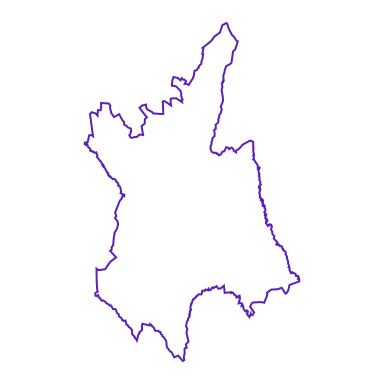 Sabanas De San Angel, Magdalena, Colombia (Equal Earth projection)
{"feature_id": "7082276B63741356680153", "entity_name": "Sabanas De San Angel", "entity_type": "district", "adm_level": 2, "iso_a3": "COL", "parent_name": "Colombia", "parent_adm1": "Magdalena", "projection": "equal_earth", "projection_center": [-74.238, 10.132], "detail": "fine", "context": "isolated", "style": "outline", "palette": "violet", "viewbox_px": 384, "rotation_deg": 0, "n_neighbors": 0, "source": "geoboundaries", "source_scale": "gbopen_adm2", "svg_char_len": 6025}
<svg xmlns="http://www.w3.org/2000/svg" viewBox="0 0 384 384"><path d="M237.8,41.4L236.4,40.7L234.0,36.8L232.0,35.0L228.6,28.4L227.2,23.8L226.3,23.0L222.2,25.4L220.0,32.5L214.1,36.8L212.5,39.4L209.8,42.2L202.5,47.9L203.4,48.4L202.3,54.0L203.1,54.1L202.5,58.7L201.4,61.6L201.4,63.7L198.9,66.1L198.7,67.7L198.0,67.9L196.6,70.3L194.5,70.7L194.0,74.9L193.0,78.1L188.7,85.0L186.9,83.9L184.7,83.9L186.0,81.1L184.5,79.7L183.1,79.7L181.8,78.1L180.4,80.3L177.8,78.0L173.5,77.0L172.4,80.3L171.8,85.6L175.8,86.2L180.5,90.8L181.2,93.1L181.2,96.0L182.6,99.7L181.5,100.1L182.0,102.1L176.2,98.3L170.8,98.5L170.6,101.5L171.1,105.5L164.6,101.1L162.8,101.4L163.3,113.9L162.6,114.1L153.0,113.4L152.2,112.1L147.5,109.6L146.2,107.6L146.1,104.6L142.1,105.5L139.5,107.9L146.9,117.4L144.9,119.1L144.7,123.7L141.6,126.0L143.1,135.0L139.7,134.5L136.6,137.0L134.0,137.1L132.1,137.9L130.5,137.4L129.3,135.3L130.3,134.1L131.1,130.5L130.9,128.6L127.8,127.4L126.6,125.9L124.3,124.8L123.9,121.8L122.2,120.0L119.2,114.2L114.1,117.1L111.3,113.0L110.0,107.7L110.4,105.7L108.7,103.5L101.1,103.0L101.1,108.3L100.5,110.3L97.9,110.2L97.5,115.6L95.8,113.5L91.8,112.2L90.0,114.0L93.0,136.2L91.7,135.1L89.2,135.3L87.7,142.1L84.9,142.6L84.7,144.2L85.8,145.0L86.6,144.2L87.3,144.3L88.1,147.2L89.6,148.1L90.5,149.5L90.1,150.1L90.5,151.1L92.8,151.3L93.1,152.1L93.7,151.9L95.1,153.0L96.2,152.4L97.5,155.7L96.8,156.8L99.1,159.4L99.7,160.8L101.1,161.6L102.5,165.2L103.3,164.8L103.8,166.2L103.4,166.7L104.7,167.8L107.7,173.5L108.3,173.4L108.3,175.5L109.5,175.9L109.9,176.8L110.3,176.5L112.7,179.2L113.8,178.8L115.3,179.6L116.1,180.5L116.1,181.5L118.1,183.2L118.3,185.6L118.8,185.3L120.4,187.6L121.1,191.7L120.6,193.2L124.4,194.9L124.1,196.3L122.6,195.4L121.7,198.5L119.8,200.8L115.1,212.6L116.3,216.1L115.0,217.9L117.5,221.3L118.1,224.2L117.0,228.6L114.3,233.4L114.5,234.7L113.8,237.5L113.2,244.9L111.6,247.5L111.7,249.6L110.1,250.8L116.1,257.4L110.3,261.7L105.2,269.2L98.7,270.2L96.5,268.7L96.7,281.6L97.2,290.0L97.7,291.6L95.3,293.1L95.3,294.7L95.7,295.8L96.6,296.2L98.1,295.1L99.2,298.0L100.3,298.3L100.7,299.8L102.1,300.8L103.0,300.3L105.5,302.0L106.4,303.3L108.8,304.4L109.6,305.6L111.0,305.4L113.0,309.0L115.6,309.2L117.1,313.1L118.7,314.3L119.0,316.5L121.4,317.9L122.0,320.0L123.2,320.2L123.6,320.9L125.4,320.6L125.4,321.6L126.1,322.1L126.3,324.5L127.7,325.1L128.6,326.9L130.5,328.1L132.1,330.2L132.1,334.1L134.6,336.8L134.9,338.0L135.9,338.6L136.9,340.5L138.4,334.5L139.4,333.5L139.3,332.4L142.1,329.9L141.9,326.0L142.6,323.7L149.4,325.5L149.9,324.2L150.5,325.1L151.3,324.9L152.1,326.4L153.1,326.6L155.3,330.8L158.3,330.8L159.4,332.0L160.4,332.0L160.9,334.1L162.1,334.8L162.4,336.3L163.7,337.1L166.2,340.9L166.8,347.0L170.3,351.6L171.5,352.0L174.3,357.3L178.2,355.6L182.8,361.0L184.3,359.9L183.8,357.3L184.8,352.2L184.4,350.2L184.8,348.6L185.5,347.7L186.7,347.7L185.9,344.4L188.5,341.6L186.5,332.7L187.3,328.6L186.0,326.3L186.9,321.7L188.0,320.0L188.0,318.8L189.4,317.1L189.2,315.3L189.8,315.0L189.4,313.7L190.0,313.1L189.8,311.2L190.9,310.4L190.9,309.1L190.4,308.8L190.4,306.5L191.3,304.8L190.9,304.1L191.7,303.4L192.9,299.5L193.8,299.5L194.2,298.5L195.9,297.4L195.9,296.5L197.6,295.6L198.4,294.3L201.3,294.3L202.0,293.0L201.9,291.5L202.9,290.5L204.5,291.0L205.6,289.5L208.0,290.3L208.5,288.8L209.4,290.1L210.6,290.1L211.9,287.8L213.1,287.3L213.6,288.1L216.5,286.1L218.3,288.7L220.8,288.4L223.9,285.7L224.7,292.9L231.1,292.2L231.1,293.1L233.0,292.6L234.2,294.7L235.6,295.1L236.4,297.4L237.1,296.7L238.1,297.3L238.7,295.9L239.6,295.7L240.0,298.4L238.6,303.4L240.7,303.0L242.1,303.7L241.5,306.1L243.1,305.7L243.5,308.7L244.7,310.6L245.8,311.5L246.7,310.4L247.8,311.2L247.8,312.6L246.9,314.0L249.4,317.1L250.7,313.8L250.9,315.1L252.5,315.1L254.1,312.4L250.1,306.6L251.4,303.9L252.9,302.5L260.8,302.1L264.2,302.7L267.2,295.3L267.2,292.5L271.3,289.6L278.0,289.2L281.7,287.7L285.5,293.7L286.6,293.1L288.2,290.5L289.5,285.0L299.3,281.4L299.1,278.4L298.3,278.6L298.7,277.8L298.0,277.0L298.1,276.0L296.1,276.1L295.5,273.9L292.2,272.3L291.6,273.3L291.0,273.2L289.4,269.4L289.5,267.7L288.7,267.3L289.2,266.7L288.0,262.9L288.2,261.5L286.9,258.5L287.1,257.0L285.6,254.2L285.8,252.4L284.7,251.0L283.2,250.2L283.1,248.7L282.4,248.4L281.6,246.2L280.0,246.2L279.3,244.8L278.1,244.3L277.4,244.2L277.4,244.9L276.3,244.4L277.5,242.5L274.0,238.8L273.8,237.8L274.4,236.5L272.3,233.7L272.3,231.6L271.1,229.8L271.2,228.4L271.9,227.2L271.3,224.8L269.7,224.3L269.4,225.3L268.7,225.0L268.0,225.9L266.0,223.2L265.9,222.0L267.3,221.3L267.4,220.3L266.9,219.3L266.2,219.8L265.2,217.9L266.1,216.1L265.1,215.6L265.9,214.5L265.0,214.5L265.2,213.4L264.3,212.2L265.3,211.3L265.3,209.0L264.6,208.2L264.9,206.1L264.4,205.6L263.7,206.3L262.8,206.1L262.5,204.9L263.2,204.0L262.1,202.6L263.1,201.8L263.0,200.2L262.5,199.7L262.2,200.8L261.6,201.0L260.7,200.1L261.2,199.0L260.7,197.7L259.9,197.7L259.7,197.1L260.0,194.7L259.2,192.9L259.8,191.7L259.6,191.1L260.3,190.2L260.0,188.5L259.5,188.9L258.9,187.4L259.8,187.0L259.2,186.0L260.9,184.5L260.2,183.7L260.3,181.6L259.2,179.6L259.7,177.4L258.7,176.0L259.6,174.4L258.8,173.0L258.6,170.2L259.7,167.7L258.8,167.2L257.8,168.2L257.7,165.4L254.1,159.9L253.2,159.5L253.9,158.2L253.7,156.3L253.2,155.5L254.2,154.8L253.2,151.6L253.5,149.6L253.1,148.5L253.6,147.6L253.2,146.7L253.1,141.8L250.2,140.5L242.7,144.7L238.4,149.5L236.9,149.9L236.0,151.1L236.0,152.3L233.6,150.6L233.4,149.1L231.6,147.5L229.1,149.2L228.3,147.7L226.2,147.2L224.3,151.3L222.4,151.7L220.7,154.6L218.7,155.3L218.5,154.4L217.4,153.5L216.8,153.8L215.8,152.7L213.9,152.9L212.4,152.2L211.5,151.4L210.4,148.4L210.6,146.3L211.7,143.7L211.4,142.5L212.3,140.2L212.4,138.3L214.5,136.2L214.7,133.5L214.1,130.0L215.8,128.9L215.7,124.7L217.9,122.7L218.5,120.9L218.3,119.3L219.3,116.6L219.1,115.4L220.8,112.9L221.8,109.2L220.8,107.2L220.9,106.2L222.9,101.4L222.9,97.7L221.6,89.9L222.4,86.8L221.8,83.2L222.6,82.6L222.8,81.5L223.3,81.9L223.8,80.2L223.4,80.0L223.4,75.3L224.5,72.3L224.7,70.4L226.2,66.2L230.3,63.9L231.5,62.6L233.1,51.3L235.2,49.5L237.8,41.4Z" fill="none" stroke="#5b21b6" stroke-width="2"/></svg>